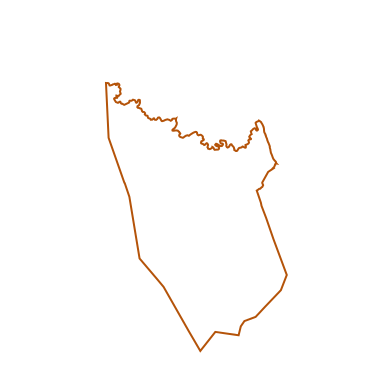 Central Guadalcanal, Guadalcanal, Solomon Islands (orthographic projection), rotated 49°
{"feature_id": "97153195B29965366735238", "entity_name": "Central Guadalcanal", "entity_type": "district", "adm_level": 2, "iso_a3": "SLB", "parent_name": "Solomon Islands", "parent_adm1": "Guadalcanal", "projection": "orthographic", "projection_center": [159.997, -9.568], "detail": "fine", "context": "isolated", "style": "outline", "palette": "amber", "viewbox_px": 384, "rotation_deg": 49, "n_neighbors": 0, "source": "geoboundaries", "source_scale": "gbopen_adm2", "svg_char_len": 5895}
<svg xmlns="http://www.w3.org/2000/svg" viewBox="0 0 384 384"><g transform="rotate(49 192 192)"><path d="M53.3,185.4L96.4,219.4L140.7,237.0L141.1,236.9L154.5,242.4L207.8,275.2L235.1,275.5L245.0,275.7L294.7,285.7L317.4,290.0L312.9,266.2L330.7,250.8L325.4,243.3L323.8,237.1L328.0,225.9L326.5,211.6L325.7,202.9L324.4,189.3L316.8,174.9L280.9,161.4L260.3,153.1L248.0,148.6L245.4,147.1L242.3,145.8L233.4,142.2L233.6,140.9L233.7,139.2L234.3,138.3L234.1,136.5L234.3,135.6L233.5,133.8L231.3,133.1L230.9,132.7L226.8,121.3L227.6,115.0L227.1,115.2L227.0,113.4L225.9,111.5L226.0,111.3L225.7,111.0L225.6,110.8L225.7,110.6L225.5,110.3L225.3,110.0L225.4,109.7L225.7,109.5L225.4,109.5L225.0,109.3L224.8,109.3L224.6,109.1L224.3,109.0L224.2,108.9L223.8,108.9L221.9,109.0L221.5,108.9L220.9,108.9L220.4,108.9L219.8,108.7L219.5,108.6L218.1,108.1L217.4,107.8L216.9,107.6L215.7,107.2L214.1,106.7L213.3,106.2L211.9,105.4L211.4,105.0L210.9,104.8L210.5,104.6L210.0,104.4L209.0,103.8L208.8,103.6L208.6,103.3L208.3,103.2L208.2,103.2L207.6,103.0L207.5,102.9L206.6,102.6L206.3,102.5L204.9,102.0L204.6,102.0L204.0,101.8L203.0,101.4L202.9,101.4L201.9,101.0L201.7,100.8L201.3,100.6L200.8,100.4L199.4,100.0L198.4,99.6L197.9,99.4L197.8,99.2L197.5,99.1L197.4,99.2L196.8,99.0L196.7,98.8L196.4,98.7L196.1,98.6L194.9,98.4L194.5,98.3L193.6,97.8L192.9,97.3L191.6,96.3L191.4,96.2L191.1,96.0L190.4,95.6L190.2,95.6L190.0,95.4L189.9,95.3L189.0,95.1L188.8,95.0L187.5,94.6L187.1,94.5L185.2,94.2L184.7,94.0L183.8,94.2L183.2,94.3L182.6,94.4L181.9,94.7L182.1,95.2L181.4,97.6L181.6,98.7L185.2,100.3L188.0,101.1L188.4,101.7L188.4,102.4L188.0,102.9L187.6,103.0L186.7,102.8L185.8,102.5L185.3,102.7L184.9,103.0L184.8,103.5L184.6,104.3L184.8,106.4L184.8,107.8L187.1,109.0L187.4,109.0L187.3,110.7L187.5,111.5L187.9,112.6L190.6,112.6L190.8,112.9L190.7,113.2L190.4,113.7L190.0,113.8L189.8,114.0L189.9,115.0L190.0,115.6L190.4,115.7L192.1,116.6L192.4,117.4L192.4,118.1L192.2,119.0L191.9,120.0L191.6,120.6L191.6,120.9L192.7,121.3L193.5,121.9L193.7,122.5L193.0,123.1L192.1,123.4L190.9,123.9L190.8,124.2L190.9,125.2L190.6,125.9L190.2,126.6L189.7,127.5L189.8,128.6L190.2,129.7L190.2,130.1L190.5,130.7L190.4,131.3L189.8,132.0L188.0,132.5L187.5,131.9L187.1,131.9L186.6,131.6L185.9,131.2L185.0,131.1L184.4,131.1L183.1,131.2L182.6,131.1L182.4,131.0L182.1,130.9L181.8,131.0L181.5,131.3L181.4,131.9L181.4,132.4L181.5,132.7L181.7,133.2L181.9,133.7L181.9,133.9L182.1,134.2L182.1,134.7L182.0,135.4L181.9,135.8L181.8,136.0L181.5,136.1L181.0,136.2L180.4,136.1L179.9,136.0L179.6,135.8L179.4,135.6L179.2,135.3L179.0,135.1L178.9,134.9L178.5,134.6L178.2,134.5L177.5,134.2L177.3,134.1L176.4,133.6L175.6,133.3L175.0,133.7L174.8,133.8L174.0,134.3L173.7,134.7L173.6,134.8L173.4,134.9L173.2,135.2L173.1,135.3L172.6,135.8L172.3,136.3L172.1,136.5L171.9,136.4L171.8,136.6L171.7,136.8L171.8,137.1L172.2,137.6L172.8,137.9L173.8,138.3L174.0,138.3L174.3,138.3L174.4,138.2L174.9,137.9L175.0,137.7L175.2,137.4L175.5,137.3L175.9,137.2L176.2,137.2L176.3,137.3L176.5,137.7L176.8,138.3L176.8,138.6L176.9,139.0L176.8,139.4L176.7,139.6L176.3,140.1L175.7,140.6L175.4,140.7L175.1,140.8L174.7,140.9L174.3,141.0L174.1,141.0L173.7,141.1L172.7,141.5L172.3,141.6L171.9,141.8L171.7,142.0L171.4,142.2L171.5,143.4L172.1,143.7L172.9,143.5L173.7,143.2L174.1,142.8L174.8,142.4L175.9,142.4L176.6,142.7L176.9,143.1L177.2,143.7L177.1,144.5L176.5,145.2L175.9,146.0L175.5,146.5L175.2,147.1L174.6,147.3L173.8,147.1L172.8,146.8L172.4,146.9L172.1,146.8L171.3,147.1L171.6,147.5L171.8,147.9L171.8,148.5L171.5,150.0L171.0,150.8L170.6,150.9L170.1,151.3L169.8,151.4L169.6,151.1L169.0,151.0L168.4,151.0L167.7,150.0L167.1,149.1L166.6,148.8L165.9,148.7L165.4,148.6L164.8,148.9L164.7,149.5L164.8,151.4L164.5,152.0L164.2,152.0L163.4,152.1L162.1,152.7L161.6,153.1L161.3,153.1L160.8,153.0L159.9,151.8L160.4,149.5L160.3,148.8L159.9,148.5L159.3,148.6L158.8,148.8L158.3,148.5L158.0,148.0L157.6,147.6L156.7,147.4L155.3,147.6L154.5,147.9L154.0,148.7L153.5,149.9L152.6,150.2L151.4,149.9L150.5,149.3L149.6,149.3L149.0,149.8L148.5,150.9L148.1,152.2L147.7,154.7L147.5,156.6L147.6,157.1L147.5,157.5L147.1,157.7L146.3,158.1L146.0,158.7L145.6,159.4L145.5,160.5L145.3,160.9L145.3,161.6L145.3,162.4L145.1,163.3L144.5,163.7L143.2,164.5L142.2,164.9L141.3,164.8L140.8,164.5L140.4,163.8L140.4,162.9L140.1,162.4L139.5,162.4L138.9,162.5L138.2,162.2L137.7,162.4L137.2,162.4L136.3,162.5L135.5,163.2L134.8,164.0L134.4,164.5L134.1,165.1L133.5,165.9L132.9,166.4L132.4,166.2L132.2,165.4L132.3,163.9L132.3,162.5L131.6,160.7L131.0,159.3L129.9,158.1L128.9,157.8L127.8,157.4L126.4,156.2L126.1,155.7L126.0,156.3L125.1,157.1L124.2,158.2L124.0,159.1L124.5,160.0L124.3,161.3L122.7,161.8L121.0,162.9L120.1,164.9L119.8,166.2L119.5,167.0L118.9,168.1L118.5,168.3L118.1,168.3L115.5,167.7L114.6,167.7L114.1,167.9L113.6,168.9L114.1,170.3L114.0,171.8L113.1,172.6L111.4,172.4L111.2,172.9L111.4,173.7L111.3,174.6L110.4,175.7L109.6,175.4L107.8,176.3L107.2,176.5L105.3,175.6L104.6,176.0L104.2,176.5L103.5,176.7L102.4,176.7L101.8,175.7L100.6,175.6L99.9,175.9L99.3,176.6L98.4,176.7L96.0,175.7L95.3,175.9L94.5,176.6L93.7,176.9L92.9,177.6L92.1,177.6L91.5,176.9L91.7,175.0L90.6,172.8L88.5,171.1L87.6,171.5L87.3,172.1L88.2,173.9L88.3,174.9L88.1,175.5L87.4,175.5L86.5,175.1L85.3,174.9L83.6,176.0L83.6,177.1L83.3,178.0L82.2,179.2L82.3,179.8L83.1,180.5L83.2,180.9L81.8,185.9L81.3,186.2L79.6,186.7L79.1,187.3L78.3,187.4L77.1,186.9L76.6,187.0L76.3,187.7L76.3,188.8L76.1,189.4L74.2,190.4L73.4,190.3L71.2,189.9L70.5,189.6L70.3,188.9L70.8,188.0L71.8,186.7L71.7,186.4L69.9,186.2L69.6,185.8L70.6,185.2L71.2,184.6L71.4,183.9L71.1,182.7L71.1,181.8L71.1,181.4L68.7,180.3L68.3,179.4L67.4,178.3L66.7,178.2L64.7,178.4L64.1,177.3L63.7,176.6L63.1,176.4L62.3,176.3L61.3,176.9L60.9,177.7L61.8,178.3L61.3,179.2L60.5,179.0L59.7,179.2L59.5,180.0L58.9,181.0L58.8,181.9L58.0,183.8L57.5,184.3L56.9,184.1L55.5,183.6L54.5,184.0L54.2,184.6L53.3,185.4Z" fill="none" stroke="#b45309" stroke-width="2"/></g></svg>